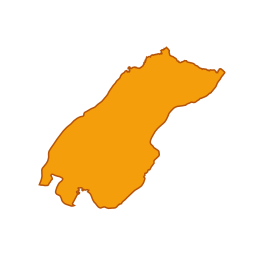 the district of Bener Meriah, Aceh, Indonesia, rotated 119°
{"feature_id": "22746128B4257100474226", "entity_name": "Bener Meriah", "entity_type": "district", "adm_level": 2, "iso_a3": "IDN", "parent_name": "Indonesia", "parent_adm1": "Aceh", "projection": "mercator", "projection_center": [96.897, 4.775], "detail": "fine", "context": "isolated", "style": "filled", "palette": "amber", "viewbox_px": 256, "rotation_deg": 119, "n_neighbors": 0, "source": "geoboundaries", "source_scale": "gbopen_adm2", "svg_char_len": 5622}
<svg xmlns="http://www.w3.org/2000/svg" viewBox="0 0 256 256"><g transform="rotate(119 128 128)"><path d="M220.6,178.1L220.1,176.3L219.5,175.3L218.6,172.7L217.2,170.5L216.5,170.1L214.2,170.1L213.5,169.9L211.1,169.9L209.5,169.4L209.0,169.7L208.1,170.6L206.9,172.4L205.7,172.4L205.4,172.2L205.0,171.5L204.8,168.8L204.2,165.9L203.7,164.4L203.6,162.1L203.8,160.7L204.2,160.3L204.8,160.2L205.6,160.2L206.9,160.5L208.2,161.1L209.5,161.5L211.6,161.6L213.4,161.5L215.1,161.3L218.4,160.6L219.5,160.0L220.0,159.3L220.4,158.3L220.4,157.3L220.3,156.0L220.2,154.9L220.6,154.0L221.9,152.2L222.9,151.3L223.6,150.4L224.1,149.4L224.6,147.9L224.8,146.5L224.7,145.1L223.7,139.7L222.9,138.4L221.8,137.4L221.7,139.1L221.5,139.5L221.0,139.9L214.0,140.0L212.5,140.1L211.1,140.1L210.5,139.8L209.0,138.9L208.3,138.9L208.1,139.0L207.9,139.3L207.9,139.5L208.0,139.8L208.2,140.0L209.2,140.4L209.6,140.7L209.4,141.4L208.7,142.0L207.9,141.7L207.4,141.4L207.1,140.9L206.8,140.7L206.3,140.6L205.8,140.8L205.6,141.0L205.2,142.1L204.9,142.5L204.6,142.5L204.3,142.3L204.0,141.4L203.2,140.5L202.8,139.5L202.9,138.9L203.0,138.8L203.7,138.4L204.3,138.3L204.7,138.1L204.8,137.2L204.6,137.0L204.1,137.0L203.5,137.2L203.1,137.1L203.1,136.6L203.3,136.2L203.2,135.8L202.9,135.1L202.5,134.7L202.0,134.2L201.7,133.8L201.5,132.2L203.3,132.4L203.3,131.6L203.6,130.1L203.9,129.1L204.5,128.0L207.8,124.1L209.1,122.0L209.9,119.5L210.7,117.7L211.3,116.2L211.5,114.8L211.4,113.7L211.1,113.0L210.2,112.3L208.6,110.7L208.3,109.7L208.1,107.5L207.7,106.0L206.0,103.5L204.6,101.2L203.9,100.4L202.8,99.8L201.7,99.5L199.5,99.0L199.5,98.7L198.4,98.3L198.1,97.7L197.2,97.0L196.1,97.2L194.6,96.8L192.1,95.8L189.7,95.2L182.4,92.9L179.3,91.9L174.9,89.4L173.1,88.6L171.7,88.0L171.0,88.1L169.5,87.9L168.1,87.9L166.7,88.2L165.1,88.4L163.7,88.9L163.3,90.2L163.0,90.5L162.6,90.6L161.5,90.3L161.1,90.3L160.0,91.1L159.6,91.2L159.2,91.1L158.8,90.3L158.4,90.1L157.9,90.1L157.3,89.8L156.8,89.6L155.3,90.1L154.4,89.6L154.3,89.1L154.1,88.8L153.6,88.7L150.8,88.8L146.2,88.2L144.1,89.4L143.2,89.3L137.7,87.5L136.4,87.6L135.9,87.9L133.7,89.5L133.3,90.2L133.0,91.3L132.9,93.2L132.7,94.6L132.8,94.9L132.7,95.6L132.4,96.3L131.8,97.3L131.1,99.9L130.6,100.8L130.0,101.4L129.0,102.0L126.8,102.5L124.5,102.7L118.0,102.6L114.1,101.9L111.0,100.9L106.0,99.1L104.6,98.8L103.3,98.6L99.4,98.7L95.4,99.2L93.4,98.9L90.1,98.1L88.2,97.5L86.8,96.7L85.2,95.3L82.4,91.5L80.1,88.7L78.1,87.8L76.1,86.1L74.9,85.4L74.5,84.8L73.8,82.7L72.8,81.7L71.5,81.0L70.2,80.5L69.0,79.7L67.1,79.2L66.3,78.1L65.6,77.7L63.8,76.2L62.1,75.0L59.7,74.0L58.0,73.5L57.7,73.0L57.1,72.8L56.5,72.4L56.0,72.5L53.8,72.0L49.3,71.2L45.9,71.6L44.4,71.6L42.6,71.4L41.1,71.1L39.8,71.0L39.2,71.1L36.3,70.8L35.4,70.5L34.7,70.5L32.9,70.2L32.5,70.3L32.1,71.2L32.0,71.7L31.6,73.1L31.2,75.6L31.8,76.0L31.9,76.5L32.3,76.7L33.1,76.5L33.6,76.6L33.9,76.9L34.3,76.8L34.8,76.5L35.8,76.8L36.1,76.6L36.2,77.0L36.5,77.1L36.6,77.3L36.6,77.9L36.2,78.2L36.0,78.6L35.4,80.6L36.5,82.4L36.7,82.8L36.9,83.0L37.0,83.7L37.3,84.2L38.0,84.7L38.4,84.5L38.5,84.7L38.7,85.3L38.5,86.1L39.0,86.4L38.7,88.4L39.3,89.2L39.4,90.0L39.6,90.5L40.0,91.3L40.6,91.5L40.4,92.8L40.8,94.5L40.5,95.9L40.5,96.3L40.2,96.9L40.2,98.1L40.5,99.2L40.5,99.6L40.1,100.6L39.9,101.9L40.3,104.0L40.7,105.0L40.7,105.5L41.1,106.5L41.4,107.7L41.4,108.7L40.9,109.5L41.3,110.2L41.7,111.3L42.0,111.4L42.4,111.5L43.4,112.2L43.9,112.9L44.3,112.9L45.3,113.6L45.5,114.5L45.8,114.9L45.8,115.3L45.5,115.6L45.3,115.7L45.1,116.3L45.5,116.6L45.4,117.6L45.2,118.0L44.8,118.3L44.5,118.8L44.0,119.9L44.0,121.6L43.8,122.7L43.8,123.4L44.1,124.6L44.1,126.6L44.0,126.8L42.4,128.2L42.0,128.8L41.1,129.0L40.2,129.5L39.3,131.8L38.9,133.5L39.5,133.6L40.0,133.7L40.2,134.0L40.7,134.3L41.2,134.3L41.4,134.5L41.3,134.8L42.2,134.7L42.5,134.9L42.5,135.3L42.9,135.6L43.0,136.1L43.6,136.4L43.8,136.4L44.3,136.7L44.5,136.1L45.5,135.7L45.9,135.2L46.2,134.5L46.8,134.4L46.9,134.5L47.2,135.8L48.1,136.0L48.2,137.1L48.8,137.9L49.0,138.0L49.2,138.3L49.7,138.4L49.8,138.6L49.9,139.2L50.2,139.5L50.7,139.7L50.9,140.0L50.9,140.3L51.3,140.8L51.7,140.9L52.1,141.2L52.3,141.5L52.2,142.0L52.7,142.5L53.4,142.9L54.7,143.0L54.9,142.9L55.0,143.7L55.5,144.5L56.2,144.8L56.5,145.1L57.0,145.6L56.9,146.0L57.1,146.0L57.2,145.9L57.6,145.9L57.8,145.7L58.2,145.7L58.4,145.5L58.8,145.7L59.0,145.6L59.8,145.5L60.4,145.8L60.6,145.1L61.2,145.1L62.1,144.9L62.2,145.5L62.6,145.6L63.3,145.5L63.5,145.6L63.8,145.1L64.1,144.9L64.7,145.2L66.0,145.1L66.4,145.0L66.9,145.4L67.6,145.5L67.8,145.7L68.6,145.9L68.9,146.3L69.3,146.3L69.7,146.7L70.2,146.8L71.1,149.2L71.0,150.0L71.0,150.5L71.2,150.9L71.3,150.9L71.4,151.3L71.6,151.2L71.8,152.1L72.2,152.6L72.8,153.1L73.0,153.5L73.9,153.6L74.7,154.4L74.7,154.7L74.5,155.3L74.3,155.3L74.2,155.7L73.9,155.8L73.8,156.2L74.1,156.7L75.0,156.8L75.5,157.0L75.9,156.6L75.7,155.8L76.0,155.2L76.3,155.1L77.1,154.3L77.2,154.1L77.5,154.2L78.5,154.2L78.6,154.6L78.4,155.1L79.3,155.7L78.9,156.6L78.4,156.9L78.7,157.2L79.0,157.4L79.1,157.6L79.6,158.0L80.4,158.0L81.4,158.2L83.0,159.1L84.1,159.5L85.2,159.7L87.8,159.4L89.1,159.6L92.5,160.7L95.3,160.9L97.6,161.5L102.4,162.0L105.1,162.2L106.5,162.2L107.5,162.1L109.7,162.2L117.1,163.7L118.6,164.3L122.1,165.9L125.4,166.9L126.7,167.7L128.8,169.4L135.6,173.5L136.5,173.5L138.6,172.8L139.1,172.9L139.7,173.2L141.0,174.8L142.0,175.7L143.2,176.5L144.3,177.2L147.9,178.8L151.9,179.8L156.4,181.6L157.6,182.0L161.8,183.1L164.3,183.5L172.0,184.6L178.9,185.2L182.3,185.6L186.3,185.8L187.3,185.6L189.0,185.0L191.2,183.7L192.6,183.0L195.3,182.3L197.1,182.2L198.9,182.3L204.4,183.3L205.5,183.3L206.6,183.0L211.9,179.8L214.8,178.9L216.4,178.6L220.6,178.1Z" fill="#f59e0b" stroke="#b45309" stroke-width="1.5"/></g></svg>